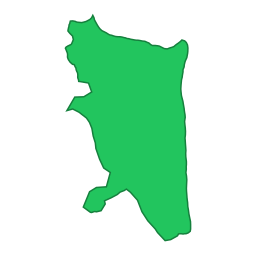 outline of Okigwe, Imo, Nigeria
{"feature_id": "59680162B88090020431393", "entity_name": "Okigwe", "entity_type": "district", "adm_level": 2, "iso_a3": "NGA", "parent_name": "Nigeria", "parent_adm1": "Imo", "projection": "equal_earth", "projection_center": [7.304, 5.82], "detail": "fine", "context": "isolated", "style": "filled", "palette": "green", "viewbox_px": 256, "rotation_deg": 0, "n_neighbors": 0, "source": "geoboundaries", "source_scale": "gbopen_adm2", "svg_char_len": 3074}
<svg xmlns="http://www.w3.org/2000/svg" viewBox="0 0 256 256"><path d="M177.5,235.8L178.5,233.9L180.9,233.7L183.1,234.0L184.7,233.7L186.1,233.7L188.2,232.9L190.2,231.3L190.6,229.1L190.6,224.5L190.5,221.6L189.7,217.8L188.9,213.9L188.4,209.9L187.8,206.6L187.6,202.5L187.2,199.6L187.1,198.5L187.0,197.9L186.9,196.3L186.7,193.6L186.5,191.1L186.4,188.4L186.6,183.8L186.8,179.8L186.5,176.0L185.9,172.7L186.3,169.2L186.2,166.7L186.4,164.8L186.4,161.6L185.8,156.7L185.7,153.2L185.9,150.5L185.7,147.5L185.4,143.4L185.2,140.1L185.0,138.0L185.4,135.0L185.5,130.9L185.4,130.3L185.3,128.2L184.9,124.7L184.6,121.4L185.2,117.4L185.0,114.7L184.6,112.5L184.3,110.3L184.1,108.4L183.3,103.8L182.9,101.3L182.2,98.6L181.7,96.7L181.4,95.4L181.0,91.6L180.8,89.1L180.9,87.0L181.1,84.0L181.3,82.1L181.5,79.9L182.0,77.9L182.2,77.2L182.4,75.3L183.0,71.9L183.0,69.6L183.6,68.2L184.1,66.9L184.3,64.7L185.1,61.5L185.9,59.6L186.8,57.7L187.6,53.4L187.8,51.5L187.9,48.0L187.5,45.0L186.3,42.5L184.7,40.9L181.9,40.0L180.4,41.5L179.9,41.9L178.1,43.3L176.6,44.3L175.2,45.4L174.0,46.5L172.0,47.3L170.2,47.8L168.8,48.3L167.3,48.9L164.3,48.6L161.5,47.2L159.3,46.1L157.7,45.8L155.3,45.5L152.3,45.5L150.7,44.6L148.9,43.0L147.3,42.4L144.9,41.3L143.8,41.2L142.1,41.0L139.9,40.5L137.7,40.2L136.3,40.2L134.2,39.9L132.8,39.6L131.0,39.3L130.2,39.1L128.8,38.7L127.0,38.5L125.6,37.9L124.0,37.6L122.2,37.1L120.4,36.8L117.4,36.7L115.6,36.5L113.4,35.9L111.8,35.3L110.2,35.0L109.4,34.8L107.6,33.7L106.2,32.8L104.0,31.7L101.8,30.6L99.8,28.7L98.6,27.1L97.4,25.2L95.4,21.6L94.4,19.7L94.0,17.8L92.8,15.4L91.6,17.8L90.0,19.4L87.6,20.7L86.0,21.5L84.2,22.0L81.7,22.6L78.5,22.3L78.4,22.3L76.7,22.1L75.3,21.4L72.7,20.9L71.3,21.0L70.3,21.1L69.9,22.8L69.7,23.7L69.2,24.5L69.0,25.4L68.9,26.6L68.4,28.1L68.3,29.0L68.2,29.2L68.0,30.3L68.0,31.1L68.4,31.5L68.9,32.2L70.0,33.5L70.9,34.4L71.9,35.4L72.5,36.0L73.1,38.6L73.4,39.3L73.0,40.3L72.7,41.3L72.2,42.3L71.9,43.2L71.5,43.9L71.1,44.4L70.4,44.9L69.6,45.1L69.2,45.4L68.5,45.7L67.8,46.0L67.3,46.4L66.3,46.9L65.9,47.4L65.6,47.8L65.4,48.2L65.9,49.3L66.3,50.4L66.6,51.2L66.9,51.9L67.3,52.8L67.4,53.4L67.5,54.0L67.6,55.0L67.5,56.2L67.5,56.9L67.6,57.7L67.8,58.2L68.0,58.5L68.1,59.0L68.6,60.0L69.1,60.6L69.8,61.8L70.5,62.5L71.0,63.0L71.5,63.3L71.8,63.7L72.3,64.1L72.9,64.4L73.6,64.5L74.2,64.6L74.5,65.2L74.8,66.0L75.3,67.1L75.8,67.7L76.0,68.6L76.1,69.4L76.4,70.5L76.7,71.2L77.2,72.2L77.5,72.8L77.6,73.4L77.7,73.9L77.8,75.2L77.8,76.1L77.7,76.9L77.8,77.8L78.0,78.5L78.3,79.3L78.5,79.8L78.6,80.3L78.6,80.7L78.7,81.4L80.2,81.6L82.7,82.0L84.9,82.4L86.7,82.7L87.9,82.9L88.6,83.3L91.7,92.0L83.8,96.8L74.8,97.1L66.9,110.6L72.7,109.0L73.9,109.6L79.0,112.2L86.5,118.0L89.5,122.4L91.9,128.4L93.2,136.0L95.3,142.8L95.9,148.5L99.6,159.2L103.7,168.0L110.3,172.5L106.4,186.8L96.4,187.5L89.6,191.7L83.3,207.1L90.4,212.3L91.6,212.5L94.5,211.5L96.5,211.8L101.1,210.7L105.2,204.0L104.5,200.8L111.1,197.8L117.3,194.5L120.1,192.1L124.3,190.5L126.4,189.1L130.4,192.2L137.5,200.2L142.0,211.8L147.9,220.9L155.2,228.9L157.6,232.6L165.1,240.6L170.7,239.6L177.5,235.8Z" fill="#22c55e" stroke="#15803d" stroke-width="1.5"/></svg>